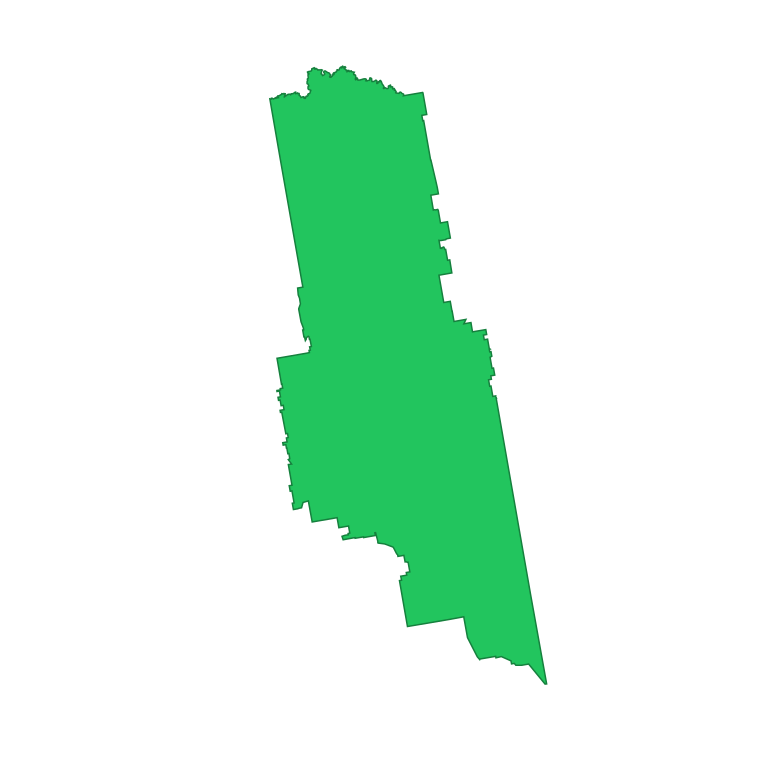 the district of Plantagenet, Western Australia, Australia, rotated 80°
{"feature_id": "25037944B3535860838783", "entity_name": "Plantagenet", "entity_type": "district", "adm_level": 2, "iso_a3": "AUS", "parent_name": "Australia", "parent_adm1": "Western Australia", "projection": "natural_earth1", "projection_center": [117.015, -34.625], "detail": "fine", "context": "isolated", "style": "filled", "palette": "green", "viewbox_px": 768, "rotation_deg": 80, "n_neighbors": 0, "source": "geoboundaries", "source_scale": "gbopen_adm2", "svg_char_len": 5851}
<svg xmlns="http://www.w3.org/2000/svg" viewBox="0 0 768 768"><g transform="rotate(80 384 384)"><path d="M707.6,275.9L617.0,276.2L421.8,276.0L419.1,276.0L418.1,276.0L417.9,275.7L417.3,275.8L417.3,276.0L416.4,276.0L415.5,276.4L415.1,276.2L415.1,279.0L404.6,279.0L404.6,280.3L398.0,280.3L398.0,277.4L394.5,277.4L394.5,273.4L387.3,273.4L387.3,274.9L376.1,274.9L375.4,273.0L370.7,273.0L370.7,274.3L368.4,274.3L368.1,273.4L367.4,274.2L357.8,274.2L357.8,277.6L353.1,277.6L353.1,274.3L348.1,274.3L348.0,287.8L338.6,287.7L338.6,294.9L334.6,292.1L334.6,304.2L324.0,304.2L324.0,304.4L314.1,304.4L314.1,311.0L286.4,311.0L286.4,297.9L273.2,297.7L273.2,299.9L262.2,299.9L262.2,300.7L261.6,301.0L260.8,300.9L259.5,301.4L259.7,301.9L259.6,302.5L259.9,303.6L260.5,303.6L260.2,304.9L252.1,304.9L252.6,303.4L252.6,298.1L251.9,297.5L251.8,293.3L235.2,293.3L235.2,300.4L222.3,300.4L221.4,300.8L221.5,303.2L221.0,304.5L221.2,305.2L206.2,305.1L206.2,297.4L199.9,297.4L193.5,297.7L171.7,298.9L171.7,299.2L131.5,299.2L131.6,300.1L126.0,300.1L126.0,295.1L104.0,295.1L103.6,295.3L103.5,314.8L102.9,314.4L102.0,314.4L101.5,314.9L100.9,316.0L99.9,316.5L99.4,317.1L99.5,318.0L100.4,318.7L99.5,321.6L99.2,321.9L98.3,321.3L96.4,322.0L96.5,322.7L95.0,322.5L94.7,322.8L94.9,324.1L94.3,324.3L93.1,323.9L92.9,324.0L92.6,324.9L92.6,325.9L92.3,326.1L91.0,325.6L90.7,325.9L91.1,326.7L91.2,327.5L91.5,328.0L93.0,328.1L93.7,328.9L93.6,329.9L92.5,331.3L92.7,332.1L93.0,332.7L93.0,333.0L92.8,333.2L92.5,333.2L91.5,332.3L89.9,332.8L88.2,333.7L85.8,334.1L84.5,334.7L84.5,335.4L84.7,335.6L85.7,335.8L85.6,336.3L85.3,336.7L85.5,337.2L85.5,337.8L86.0,338.0L86.5,337.7L86.9,338.7L86.7,338.9L84.3,338.4L83.6,338.8L83.4,339.5L84.0,340.4L84.3,342.2L84.0,343.4L81.0,343.2L80.5,343.7L80.1,344.5L80.2,344.8L80.4,345.0L81.8,345.0L82.2,345.5L82.4,345.7L82.2,346.9L82.6,348.1L82.2,349.2L81.5,348.7L80.8,348.6L80.1,349.6L80.0,351.7L80.3,352.6L80.2,353.5L80.5,354.9L80.3,355.7L80.3,356.8L80.0,357.0L78.7,357.0L78.0,357.4L79.1,358.1L79.5,359.0L79.2,359.2L78.6,358.9L78.4,359.2L77.6,358.7L75.1,358.4L74.7,358.6L74.3,359.2L74.4,359.7L73.9,360.1L72.8,359.9L71.8,359.1L70.8,361.7L70.0,361.8L69.9,362.3L70.3,362.9L70.3,363.8L69.2,364.0L68.9,365.0L69.0,365.1L69.8,365.1L70.0,366.2L68.8,366.1L68.6,366.4L68.6,366.8L68.0,366.8L67.5,367.1L67.1,367.6L67.0,368.1L66.5,368.5L66.3,368.4L66.1,367.9L65.4,366.8L64.7,367.3L64.8,368.1L65.0,368.5L65.1,368.8L64.6,369.2L64.0,369.3L63.8,369.6L64.0,369.9L64.7,370.0L65.4,370.7L65.3,370.9L64.4,371.3L64.7,372.1L65.6,373.0L66.3,373.3L66.9,373.7L66.9,374.6L66.4,375.2L66.4,375.6L67.2,375.6L67.7,376.6L68.5,377.0L68.9,379.7L69.3,380.0L69.4,379.7L69.9,379.2L70.7,379.9L70.8,380.3L70.6,381.0L71.9,381.5L72.0,382.1L72.6,382.6L72.7,383.3L72.5,384.0L71.9,384.2L71.2,383.4L70.8,383.4L70.4,382.9L69.7,383.5L68.7,383.6L67.9,384.4L67.7,385.0L66.6,386.4L65.6,387.3L65.4,388.4L65.5,388.7L66.4,389.3L68.4,388.5L69.4,389.8L69.6,391.0L68.0,391.4L67.8,392.0L67.6,392.1L66.1,391.6L64.1,390.3L63.5,391.4L63.7,392.0L63.3,393.6L63.3,394.6L62.5,394.9L62.1,395.6L61.4,396.2L62.0,397.2L61.9,397.5L61.4,397.7L60.9,397.5L60.4,397.8L61.1,400.4L62.1,400.6L62.9,401.1L63.2,402.2L63.2,404.3L63.5,405.2L64.5,405.1L65.1,404.2L65.5,404.1L65.9,404.4L65.9,404.8L66.3,405.2L69.6,405.4L70.3,406.5L71.0,406.6L71.4,406.3L72.8,407.2L74.7,407.6L75.1,407.4L75.6,406.6L76.8,406.5L77.2,406.3L77.6,406.4L77.9,407.1L79.4,407.5L80.4,407.4L81.0,406.9L82.0,405.1L82.3,405.1L83.4,405.9L84.4,406.2L85.1,407.0L85.0,407.8L85.5,408.7L86.7,408.7L87.2,409.4L87.3,409.7L87.0,410.1L87.2,410.8L89.0,411.8L89.1,412.2L88.8,412.6L87.8,412.3L87.7,412.6L88.1,413.3L87.1,413.5L87.0,413.8L87.5,415.8L87.5,416.0L86.0,416.3L85.1,417.4L83.5,417.1L83.0,417.3L82.9,417.6L83.0,418.7L82.8,418.9L82.4,418.9L82.7,420.1L82.7,420.6L81.2,420.4L81.4,421.5L82.2,422.8L82.3,423.6L82.1,424.0L82.1,424.8L82.9,425.6L82.3,426.0L82.1,427.5L82.3,427.6L82.1,428.3L82.6,429.4L82.7,430.2L83.2,430.5L83.3,431.2L83.6,431.5L83.9,432.2L83.2,432.1L82.7,431.6L81.0,430.9L80.6,432.1L80.9,432.2L80.9,432.7L80.3,434.2L81.0,434.6L81.4,436.1L81.7,436.4L81.9,437.2L81.9,438.7L82.5,438.9L82.8,438.5L83.7,438.2L83.7,439.1L83.3,439.2L82.8,439.8L82.9,440.2L83.7,440.6L83.3,441.1L83.3,441.4L83.8,441.6L83.7,442.1L84.1,443.5L83.0,444.7L83.1,445.4L83.7,445.4L83.9,445.9L83.4,446.9L146.7,447.1L274.5,447.1L274.5,452.4L281.4,453.0L284.8,452.3L290.6,452.4L294.8,454.8L295.6,455.0L308.3,454.9L314.8,453.7L316.7,453.7L316.7,454.7L323.7,454.7L323.7,454.1L327.6,453.9L326.5,452.9L324.9,452.3L323.8,450.4L324.5,449.7L327.1,449.7L327.1,449.1L334.5,449.0L334.5,450.8L337.9,450.7L337.9,452.0L340.1,452.0L340.2,454.3L340.1,484.9L366.3,485.0L366.2,484.5L370.5,484.5L370.5,487.0L371.8,487.0L371.8,490.6L372.8,490.7L372.8,488.2L378.7,488.2L378.7,490.7L381.8,490.7L381.8,489.1L387.5,489.1L387.5,486.9L391.9,486.9L391.9,490.9L394.0,490.9L394.0,489.6L416.0,489.3L416.0,487.6L420.1,487.6L420.2,489.5L424.2,489.5L424.2,493.9L426.7,493.9L426.7,491.2L430.2,491.2L430.2,490.8L436.0,490.8L436.0,489.7L441.3,489.8L441.8,491.4L446.8,488.9L446.7,492.2L467.7,492.2L467.7,495.0L473.3,495.0L473.3,493.2L485.5,493.2L485.5,495.0L491.9,495.0L491.9,490.5L491.6,489.3L491.6,486.7L486.6,484.3L486.0,478.8L507.4,478.7L507.5,453.4L517.7,453.4L517.7,443.6L524.9,443.6L525.0,445.3L526.3,445.3L526.2,448.6L526.7,451.8L530.3,451.3L530.2,439.2L530.9,439.2L531.0,430.7L531.7,430.7L531.7,418.8L528.9,418.8L528.9,418.1L537.7,417.4L539.2,417.6L539.6,417.5L541.6,411.2L546.1,403.5L547.0,403.0L553.5,401.0L554.5,400.2L556.2,400.2L556.2,394.2L562.9,394.1L562.9,393.0L563.6,392.1L563.7,391.2L573.5,391.2L573.5,394.8L576.2,394.8L576.2,400.9L580.3,400.8L580.3,402.9L626.9,403.0L627.2,360.7L627.1,345.9L648.3,345.8L668.8,339.5L672.0,337.6L671.5,337.3L671.6,321.3L673.1,321.3L672.8,315.8L678.7,307.0L681.8,307.0L681.8,304.2L683.9,303.0L684.9,297.3L684.9,290.2L707.5,277.5L707.6,275.9Z" fill="#22c55e" stroke="#15803d" stroke-width="1.5"/></g></svg>